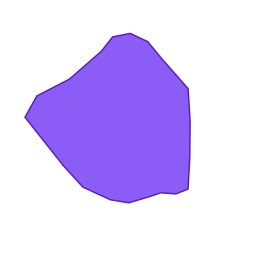 the Municipality of Shirvan, rotated 317°
{"feature_id": "AZE-5563", "entity_name": "Shirvan", "entity_type": "Municipality", "adm_level": 1, "iso_a3": "AZE", "parent_name": "Azerbaijan", "parent_adm1": "", "projection": "orthographic", "projection_center": [48.916, 39.944], "detail": "fine", "context": "isolated", "style": "filled", "palette": "violet", "viewbox_px": 256, "rotation_deg": 317, "n_neighbors": 0, "source": "natural_earth", "source_scale": "10m", "svg_char_len": 397}
<svg xmlns="http://www.w3.org/2000/svg" viewBox="0 0 256 256"><g transform="rotate(317 128 128)"><path d="M118.0,208.8L107.9,197.8L97.4,193.1L77.5,183.2L66.2,168.5L54.7,140.6L55.0,111.8L60.0,49.9L83.3,42.4L118.4,52.3L160.8,53.7L178.9,50.9L194.1,60.3L201.3,78.3L199.9,101.0L198.8,140.2L177.8,165.7L153.2,191.6L130.2,213.6L118.0,208.8Z" fill="#8b5cf6" stroke="#5b21b6" stroke-width="1.5"/></g></svg>